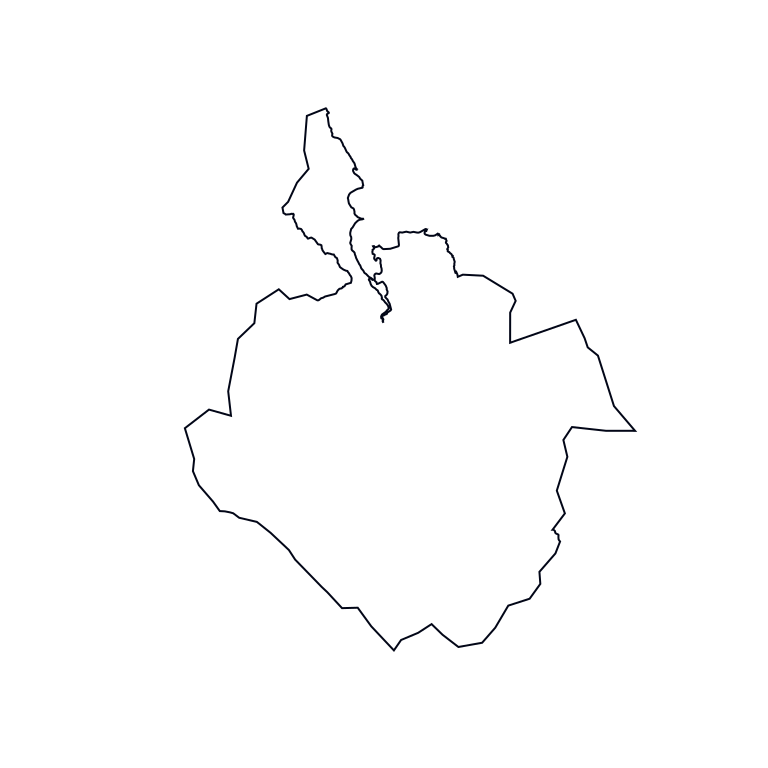 the district of Alag-Erdene, Hövsgöl, Mongolia, rotated 336°
{"feature_id": "93677404B90786292035657", "entity_name": "Alag-Erdene", "entity_type": "district", "adm_level": 2, "iso_a3": "MNG", "parent_name": "Mongolia", "parent_adm1": "Hövsgöl", "projection": "albers", "projection_center": [100.216, 50.317], "detail": "fine", "context": "isolated", "style": "outline", "palette": "ink", "viewbox_px": 768, "rotation_deg": 336, "n_neighbors": 0, "source": "geoboundaries", "source_scale": "gbopen_adm2", "svg_char_len": 6154}
<svg xmlns="http://www.w3.org/2000/svg" viewBox="0 0 768 768"><g transform="rotate(336 384 384)"><path d="M443.0,108.5L422.6,107.7L406.0,138.2L402.7,156.8L386.4,164.7L370.5,178.6L363.0,181.5L361.7,187.0L362.8,188.4L363.1,189.2L367.2,190.7L368.6,190.8L369.2,191.3L370.2,191.5L370.4,191.8L370.4,192.7L368.6,195.1L368.6,195.8L369.0,197.5L368.7,199.5L369.0,201.4L368.9,202.5L368.5,204.3L368.6,207.2L369.9,207.6L371.2,208.6L371.4,209.1L371.6,209.7L371.6,211.4L371.9,212.1L372.2,213.8L372.0,215.0L372.1,216.5L373.2,218.1L373.5,220.0L373.7,220.3L376.4,220.5L377.3,220.8L379.4,223.9L380.5,229.4L380.8,229.8L382.2,230.6L383.2,231.7L383.1,232.5L382.3,234.8L382.4,235.6L382.2,236.9L382.7,239.2L383.3,241.4L385.2,241.3L385.8,241.5L386.6,242.3L387.7,243.0L389.4,244.6L390.8,245.3L391.1,248.0L391.4,248.8L392.0,249.4L392.2,250.0L391.9,252.4L390.9,254.3L391.4,256.8L391.3,259.1L391.7,260.0L393.5,263.0L395.3,265.0L396.5,265.8L396.6,266.1L396.6,267.2L397.0,268.3L397.2,270.8L397.5,271.6L397.6,272.6L397.5,274.1L396.3,276.4L394.9,278.1L389.5,277.4L387.6,278.7L386.0,278.5L385.7,279.0L384.9,279.1L384.2,279.4L382.0,278.9L379.8,279.7L377.1,281.8L375.7,281.8L365.7,280.1L363.6,280.4L361.4,280.1L358.9,280.8L357.9,280.8L357.1,280.4L349.8,270.9L332.2,268.0L326.4,254.7L300.2,258.8L290.3,275.7L268.9,283.4L258.2,299.3L238.7,327.3L231.3,350.8L213.7,336.2L184.1,343.4L180.1,375.3L174.0,385.9L173.7,401.2L180.0,422.0L182.3,433.3L186.8,435.6L191.2,438.7L193.7,440.8L197.3,447.3L211.8,458.3L219.9,473.9L229.6,497.0L231.4,508.3L244.6,544.2L247.5,551.1L254.5,571.7L269.0,577.7L273.8,600.2L284.7,631.4L295.5,624.8L314.0,625.2L329.8,622.7L335.5,636.9L345.0,654.5L368.4,660.3L386.5,651.9L407.4,637.0L429.7,639.4L445.5,630.2L449.6,618.8L471.7,608.5L480.8,599.5L480.4,598.1L480.3,596.9L481.1,594.7L481.9,593.2L482.0,592.5L480.3,590.5L480.0,589.8L480.0,589.2L480.3,588.3L480.3,587.7L479.6,586.1L478.7,585.7L496.6,575.8L498.5,551.7L521.9,525.1L525.1,508.1L538.2,499.8L567.7,517.0L594.3,528.9L585.1,497.7L591.0,445.1L585.0,433.4L585.9,423.8L585.4,403.4L516.0,397.6L528.3,370.1L538.1,361.6L538.2,353.8L518.6,325.4L500.5,316.2L495.0,316.1L495.6,313.7L495.6,312.3L494.8,311.9L494.4,311.3L494.6,310.9L495.6,310.9L495.6,310.5L494.7,309.8L495.0,307.2L495.6,305.8L495.7,304.9L496.6,304.2L497.1,302.8L498.3,301.1L498.6,298.2L498.9,297.0L498.7,296.2L498.2,295.7L498.4,295.1L498.9,294.7L498.5,294.1L498.4,292.7L497.6,291.3L497.3,290.1L496.5,289.3L496.2,288.6L496.9,287.4L496.6,287.0L496.6,286.5L498.2,285.4L498.7,283.6L498.7,282.9L498.5,282.5L498.5,281.8L498.0,280.2L498.3,279.5L499.0,279.1L499.4,278.7L499.4,277.4L499.6,276.7L499.5,276.3L498.6,276.0L498.2,275.3L496.1,273.5L495.6,272.4L495.5,271.5L495.1,271.1L495.3,269.9L494.5,269.9L494.8,269.5L494.3,268.5L491.3,269.0L489.4,268.7L485.8,267.1L482.8,264.5L482.3,263.5L482.4,262.7L483.1,261.6L483.7,261.2L484.8,261.5L485.5,260.8L485.3,260.8L485.5,259.7L484.9,259.3L479.0,259.9L477.2,259.8L475.9,259.2L472.8,257.0L469.5,256.3L466.3,253.9L462.3,253.1L460.1,251.8L459.2,251.9L458.1,252.9L457.4,254.8L456.4,256.4L454.2,263.1L453.5,263.9L452.9,264.0L444.7,263.0L438.7,260.7L438.1,260.3L437.6,259.6L437.0,257.9L436.3,256.8L436.0,255.6L435.4,255.5L434.4,256.0L431.9,255.6L431.2,255.1L430.9,253.9L430.0,253.7L430.0,254.0L430.5,255.5L430.2,256.0L429.9,256.3L428.1,256.8L427.9,257.5L427.1,258.5L426.6,260.5L427.7,261.5L428.0,262.2L427.6,263.1L426.3,264.8L426.0,265.6L426.6,267.9L426.8,268.1L427.4,268.0L428.3,266.6L429.2,266.3L430.1,266.6L431.3,268.0L431.2,269.6L429.8,272.3L429.6,274.0L428.9,275.8L428.8,277.3L428.1,279.4L427.4,280.5L426.7,281.1L425.0,281.6L424.3,281.6L421.7,279.8L420.2,280.0L419.3,280.9L418.7,283.4L417.6,285.5L417.6,286.1L418.5,288.0L418.2,289.7L419.1,290.0L423.9,289.8L424.5,290.3L424.9,291.6L425.6,294.8L425.5,297.5L424.9,298.7L424.9,300.9L423.8,302.8L422.5,303.7L421.0,304.1L420.5,305.0L420.9,306.6L421.6,308.2L421.5,310.3L421.8,312.9L420.8,318.9L419.9,319.5L416.2,320.1L415.1,321.1L414.4,321.0L413.8,321.2L413.2,320.9L411.5,321.3L409.9,321.0L409.7,321.1L409.3,321.9L409.7,323.8L409.7,324.7L408.6,326.1L408.5,326.9L408.3,326.9L408.3,326.0L409.2,324.8L409.3,324.3L409.4,324.0L408.4,323.1L408.3,322.6L408.8,321.2L409.7,320.3L410.6,319.7L415.0,318.8L417.2,317.7L418.8,317.2L419.2,316.7L419.5,314.1L419.0,311.8L418.2,309.8L417.9,308.1L417.5,306.9L416.7,305.8L416.6,305.2L417.2,304.5L417.3,303.5L417.6,302.7L417.4,301.4L416.7,299.6L416.4,299.3L416.2,298.3L416.3,296.2L416.2,295.7L415.6,295.1L414.8,292.9L413.3,290.9L412.6,289.2L412.5,287.1L412.9,284.6L412.6,283.3L412.6,282.5L413.3,281.9L414.0,282.0L415.1,282.7L415.5,283.4L415.7,284.1L416.1,284.4L416.3,284.4L416.4,284.0L415.2,281.8L413.9,280.2L413.4,279.0L412.4,276.2L411.6,275.0L411.3,274.3L411.2,271.9L410.5,270.0L410.5,269.5L410.3,269.2L410.5,266.0L410.1,264.4L410.1,262.8L409.9,260.4L409.8,257.4L410.1,255.4L410.1,254.0L410.5,252.2L410.3,251.2L409.3,249.1L409.1,248.0L409.6,246.7L410.7,244.6L410.4,242.6L410.5,241.4L413.1,238.3L413.8,236.4L413.7,234.7L414.2,233.1L414.8,231.9L417.1,229.0L419.0,228.2L423.0,225.4L426.3,224.2L428.5,224.0L431.4,224.8L432.1,224.8L432.1,224.5L430.4,223.7L427.9,220.9L427.6,220.3L427.5,219.7L426.6,218.0L426.4,217.0L426.4,216.1L427.1,214.7L427.6,212.4L427.5,211.2L426.0,209.3L425.5,205.8L425.4,204.7L425.8,202.9L426.3,201.1L426.6,199.4L429.2,196.7L431.2,195.7L437.5,195.0L439.5,195.0L444.1,195.9L444.6,195.5L444.8,194.6L445.9,194.0L446.0,193.1L446.8,189.7L446.9,189.4L445.7,186.7L445.6,185.2L445.4,184.5L443.9,181.7L443.0,180.4L442.5,179.2L442.4,177.0L442.7,176.0L443.5,175.1L443.9,174.9L444.7,175.5L445.1,175.1L445.6,175.3L446.2,176.2L445.3,176.1L445.4,176.3L445.8,177.0L446.3,177.1L446.5,176.6L446.2,175.1L446.3,173.8L446.8,170.4L446.2,167.4L446.2,165.9L445.7,164.0L445.8,162.8L445.4,161.1L445.3,159.4L445.1,158.6L444.4,157.1L444.3,156.1L444.3,152.5L444.1,151.0L443.7,149.9L444.0,147.4L443.7,143.5L443.5,142.6L441.7,140.4L439.0,138.6L438.0,137.4L437.6,136.6L437.7,135.8L438.7,134.3L438.6,132.8L438.7,131.5L439.1,130.6L439.7,129.8L439.7,129.0L439.3,128.4L438.9,127.5L438.8,126.6L439.0,124.8L440.0,121.2L441.0,118.2L441.2,114.9L442.1,114.1L443.6,114.1L444.0,113.5L443.1,111.4L443.3,109.5L443.0,108.5Z" fill="none" stroke="#020617" stroke-width="2"/></g></svg>